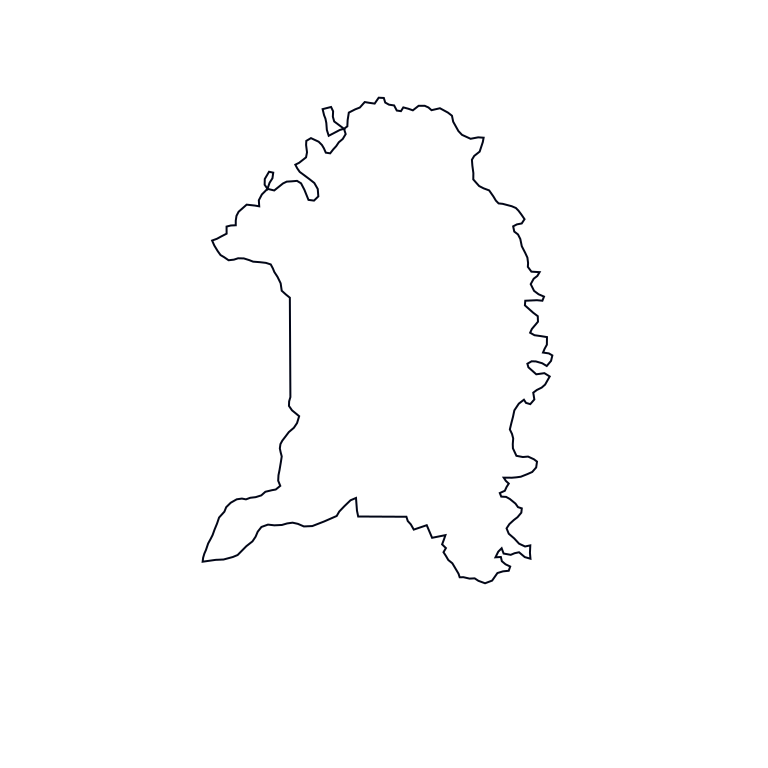 Cornélio Procópio, Paraná, Brazil, rotated 220°
{"feature_id": "56859067B97278416412710", "entity_name": "Cornélio Procópio", "entity_type": "district", "adm_level": 2, "iso_a3": "BRA", "parent_name": "Brazil", "parent_adm1": "Paraná", "projection": "mercator", "projection_center": [-50.624, -23.195], "detail": "fine", "context": "isolated", "style": "outline", "palette": "ink", "viewbox_px": 768, "rotation_deg": 220, "n_neighbors": 0, "source": "geoboundaries", "source_scale": "gbopen_adm2", "svg_char_len": 4284}
<svg xmlns="http://www.w3.org/2000/svg" viewBox="0 0 768 768"><g transform="rotate(220 384 384)"><path d="M607.9,383.4L603.0,381.0L596.8,378.9L592.1,377.7L587.9,378.4L582.6,378.9L578.9,382.8L576.6,386.5L572.1,390.1L566.8,392.3L562.9,393.6L557.3,397.6L552.3,400.9L547.6,402.8L543.4,401.1L540.0,399.3L534.4,397.6L527.9,394.7L522.3,389.7L516.6,389.5L511.6,389.6L447.3,313.8L445.5,309.7L442.7,306.1L437.6,304.7L428.3,304.8L425.5,298.2L424.9,292.5L426.0,286.0L425.7,280.2L425.5,275.3L424.7,271.4L422.4,267.7L419.2,265.2L415.8,262.8L412.7,257.7L408.7,250.9L406.2,246.3L402.9,241.9L398.0,239.3L399.1,233.6L401.6,230.6L405.6,225.2L406.4,219.8L409.6,214.8L413.3,210.9L415.6,206.9L419.2,204.9L422.7,201.0L425.1,194.5L425.7,188.2L424.2,183.6L424.5,175.7L422.2,169.8L420.2,163.5L418.2,158.1L417.2,153.8L416.2,148.8L413.7,142.4L412.6,138.6L410.9,134.7L408.7,131.3L399.9,141.1L394.1,146.4L388.6,154.3L386.2,158.9L385.2,171.3L383.6,178.9L384.2,184.5L385.8,189.7L386.0,195.7L382.5,201.7L377.1,205.3L371.6,210.4L368.6,214.9L364.9,219.0L360.1,221.5L353.8,223.4L347.6,229.1L341.5,240.2L335.4,252.5L336.3,257.5L335.8,265.0L334.9,273.4L332.2,278.7L323.3,269.6L318.6,265.9L281.5,296.7L277.7,294.3L273.2,293.7L267.6,291.6L260.5,303.3L248.3,297.1L239.8,307.7L238.2,303.6L236.4,298.5L231.1,298.1L230.3,293.4L226.1,292.1L221.6,290.5L216.4,290.6L205.0,286.6L201.8,284.6L198.9,287.1L193.4,289.9L189.6,293.4L185.2,293.9L178.5,296.3L174.8,302.9L175.6,312.1L172.4,317.0L168.4,321.1L170.0,325.3L175.0,324.0L179.8,324.0L183.3,326.6L187.2,322.9L188.7,329.0L188.3,333.8L183.4,331.0L177.1,334.6L175.2,338.3L172.4,341.9L164.9,341.9L159.5,344.3L163.7,348.5L168.2,354.4L171.5,350.2L177.9,348.5L185.0,349.4L192.2,349.5L197.3,352.2L197.9,357.3L197.1,363.3L196.1,367.8L196.1,373.7L198.5,377.3L202.2,375.8L206.4,376.9L213.7,376.8L217.9,376.0L221.8,373.1L225.2,374.9L222.8,379.9L223.9,383.9L224.4,387.9L228.4,388.1L232.1,389.2L225.7,394.5L222.6,397.6L219.6,400.9L216.3,407.0L213.9,411.9L213.8,417.9L216.9,422.9L220.8,422.7L227.0,421.0L230.7,417.3L236.4,414.1L243.9,417.6L246.7,420.7L250.0,425.3L253.8,428.0L258.4,430.1L261.3,435.9L264.1,441.8L267.2,447.6L268.1,455.6L266.7,461.9L263.1,460.8L259.0,462.6L258.9,468.8L264.1,473.3L263.1,477.6L260.9,482.6L260.2,487.1L261.9,496.3L268.1,495.4L273.6,489.3L284.1,489.6L287.2,491.7L285.5,496.3L282.2,498.9L276.1,501.6L270.9,502.4L270.9,509.1L273.4,514.1L277.4,513.4L282.4,510.3L283.6,514.2L284.5,518.8L289.3,524.7L294.3,521.7L300.1,518.1L305.0,517.2L306.1,521.2L306.1,530.7L309.8,534.8L315.5,534.5L326.6,534.8L329.3,538.6L320.7,546.5L316.2,549.6L317.6,553.8L323.3,552.1L328.9,551.8L335.8,554.8L337.0,560.9L336.0,565.3L336.7,569.7L343.3,564.8L349.1,566.2L351.4,569.3L355.4,573.0L360.1,575.2L367.0,578.1L372.8,582.7L377.5,584.7L382.2,584.5L386.4,587.8L384.8,591.7L381.7,595.5L382.3,600.6L387.6,602.1L392.3,603.2L396.1,603.6L400.4,602.3L408.9,598.3L412.3,596.0L416.2,596.4L420.8,598.0L427.9,599.9L433.5,597.9L438.4,596.8L443.2,597.5L447.1,598.1L451.1,603.0L456.7,608.1L460.8,612.3L461.5,616.7L460.1,623.5L463.8,632.8L466.0,636.7L470.4,633.5L475.3,627.5L484.4,625.0L489.6,625.6L499.6,629.4L504.4,633.2L509.5,633.0L518.4,631.2L523.6,624.3L527.7,624.4L531.6,623.3L536.3,619.4L537.8,612.2L542.3,610.5L547.0,608.3L546.4,603.9L550.0,601.7L555.3,603.9L559.7,601.2L564.0,600.4L568.0,603.0L572.1,599.9L571.4,592.8L575.9,590.0L580.0,587.6L580.2,580.3L582.6,575.9L585.4,569.3L581.5,562.8L577.7,557.8L578.7,553.8L574.0,550.8L573.1,545.2L574.0,540.1L573.5,535.5L573.7,531.1L573.5,526.1L577.3,523.8L581.5,525.9L585.2,527.2L589.8,527.6L598.0,525.4L599.8,520.3L597.3,517.0L591.9,512.0L589.4,507.5L591.2,498.9L592.9,495.0L589.0,493.4L584.9,492.3L573.0,493.0L566.6,493.2L560.1,490.8L554.9,485.5L555.5,479.5L560.2,476.5L569.8,481.6L576.5,484.4L581.2,483.7L584.9,480.0L588.6,476.5L590.3,472.7L592.5,461.7L598.7,458.6L599.4,450.7L598.0,444.3L593.8,439.9L597.6,437.7L604.5,433.1L606.1,422.5L605.1,418.0L602.6,413.9L599.6,410.3L603.2,407.0L605.8,403.4L601.2,398.0L603.5,392.5L605.3,387.9L607.9,383.4ZM578.7,553.8L590.9,553.1L595.0,555.9L598.3,560.2L602.6,562.2L607.7,555.1L602.7,551.4L599.4,549.6L596.0,546.9L591.1,541.9L585.9,538.6L581.1,550.3L578.7,553.8ZM598.7,458.6L601.0,464.6L601.7,469.9L604.7,474.7L608.5,472.7L607.1,464.4L603.5,459.9L598.7,458.6Z" fill="none" stroke="#020617" stroke-width="2"/></g></svg>